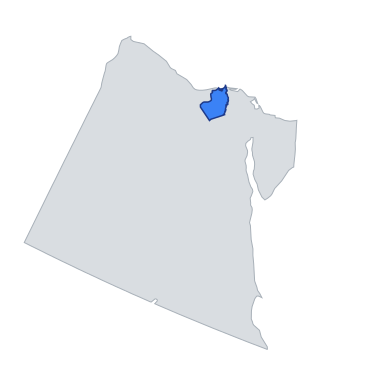 Al Buhayrah on a map of Egypt (orthographic projection), rotated 24°
{"feature_id": "EGY-1541", "entity_name": "Al Buhayrah", "entity_type": "Governorate", "adm_level": 1, "iso_a3": "EGY", "parent_name": "Egypt", "parent_adm1": "", "projection": "orthographic", "projection_center": [30.434, 30.698], "detail": "fine", "context": "in_parent", "style": "filled", "palette": "blue", "viewbox_px": 384, "rotation_deg": 24, "n_neighbors": 0, "source": "natural_earth", "source_scale": "10m", "svg_char_len": 5231}
<svg xmlns="http://www.w3.org/2000/svg" viewBox="0 0 384 384"><g transform="rotate(24 192 192)"><path d="M324.7,305.2L317.4,305.6L310.1,306.0L302.8,306.4L295.5,306.7L288.2,307.0L280.9,307.3L273.6,307.6L266.2,307.9L258.9,308.1L251.6,308.3L244.3,308.5L236.9,308.7L229.6,308.9L222.3,309.0L215.0,309.1L207.6,309.2L203.4,309.2L204.1,307.1L204.6,305.6L204.1,304.6L202.6,304.3L201.7,304.7L199.5,309.1L198.4,309.3L195.8,309.3L187.2,309.3L178.7,309.4L170.2,309.3L161.6,309.3L153.1,309.2L144.5,309.1L136.0,308.9L127.5,308.8L118.9,308.6L110.4,308.3L101.9,308.1L93.4,307.8L84.8,307.5L76.3,307.1L67.8,306.8L59.3,306.4L59.5,301.0L59.7,295.7L59.9,290.3L60.1,285.0L60.3,279.6L60.5,274.2L60.7,268.9L60.9,263.5L61.1,258.1L61.3,252.7L61.5,247.4L61.7,242.0L62.0,236.6L62.2,231.2L62.4,225.8L62.6,220.4L62.8,215.1L63.1,209.7L63.3,204.3L63.5,198.9L63.8,193.5L64.0,188.1L64.2,182.7L64.5,177.3L64.7,171.9L64.9,166.5L65.2,161.1L65.4,155.7L65.7,150.3L65.9,144.9L66.2,139.5L66.4,134.0L66.3,133.0L65.3,129.3L64.5,124.6L63.6,118.8L63.5,116.9L61.9,110.9L61.8,109.2L62.4,108.0L65.7,103.2L66.8,100.8L67.7,98.0L68.1,95.6L67.4,92.0L66.5,88.7L66.3,85.3L66.3,82.1L68.0,79.9L70.0,77.9L70.7,76.7L71.9,75.3L72.8,74.6L74.1,77.6L77.3,78.3L87.9,76.1L99.4,79.2L105.7,80.4L115.5,83.0L121.4,87.1L123.0,87.6L127.4,87.7L130.1,90.1L141.4,91.4L147.4,94.1L150.8,96.3L152.9,96.9L154.7,96.8L157.2,96.1L160.3,94.7L163.7,92.7L170.7,87.5L173.1,86.6L174.7,86.8L176.7,86.8L177.5,85.4L178.6,84.4L179.2,83.3L180.3,82.0L183.9,81.6L191.1,79.3L190.3,80.4L183.7,82.9L186.5,83.2L189.4,82.4L192.7,81.8L193.3,80.7L193.8,78.7L194.4,78.4L196.7,78.8L203.5,81.8L205.2,81.9L209.9,80.1L211.0,79.7L212.5,80.7L216.1,84.5L214.9,84.4L211.0,81.2L210.7,82.8L208.6,85.8L211.3,87.0L213.5,87.4L214.7,89.1L215.5,90.5L217.7,89.8L219.2,87.8L218.3,86.7L217.8,85.6L218.5,85.6L220.0,86.5L224.4,90.2L225.9,90.9L227.5,90.7L231.0,89.6L232.0,89.8L236.7,88.3L237.2,89.3L238.0,90.3L241.8,89.0L247.8,88.9L252.6,87.5L258.1,84.4L258.6,83.9L258.9,84.6L259.6,86.6L261.5,91.7L263.1,95.7L265.2,101.2L265.8,103.3L266.1,104.8L269.0,110.8L270.8,115.8L272.1,119.9L274.0,125.8L274.8,127.8L273.7,129.0L271.5,133.0L269.4,145.4L266.1,155.2L265.9,161.2L265.4,163.4L263.8,166.6L261.8,169.6L258.0,168.2L251.8,163.1L248.2,158.2L244.3,155.1L240.6,150.9L239.6,147.8L239.6,145.9L237.9,141.1L236.7,138.8L232.3,133.8L231.0,131.0L230.0,129.9L229.1,128.2L227.4,121.5L225.6,117.3L223.7,118.5L224.0,120.3L222.4,122.8L221.4,125.7L222.2,128.0L225.8,131.5L226.6,133.0L227.5,136.4L227.4,141.0L228.0,142.5L230.7,145.8L231.7,147.8L232.3,149.6L233.2,151.1L235.9,154.0L239.9,159.6L243.6,163.3L246.2,165.0L247.4,166.9L247.7,171.6L247.6,173.9L250.0,178.0L250.9,180.2L253.2,181.9L254.3,183.8L255.3,187.1L257.0,196.6L259.0,198.9L265.4,211.4L270.8,219.2L273.4,225.1L277.4,232.2L285.4,247.8L290.0,252.6L291.9,255.2L295.2,257.2L298.8,260.1L295.5,260.0L294.6,260.2L293.5,260.8L293.0,262.7L292.8,264.2L293.5,272.2L294.6,276.3L297.8,283.9L300.1,286.1L301.2,287.6L302.7,288.6L309.9,290.9L314.2,296.3L323.7,302.8L324.7,304.7L324.7,305.2Z" fill="#d9dde1" stroke="#a8b0b8" stroke-width="1"/><path d="M174.1,86.1L174.9,86.4L175.7,86.4L175.5,86.5L175.3,86.8L175.1,86.9L175.1,87.0L175.3,87.1L175.0,87.3L175.1,87.5L175.3,87.6L175.5,87.8L176.4,87.3L176.3,87.5L176.6,87.7L177.4,86.9L177.4,87.0L177.5,87.1L177.6,86.9L177.7,86.6L177.8,86.6L177.8,86.9L177.8,87.1L178.1,87.3L178.1,87.1L178.4,86.4L178.0,86.3L177.8,86.4L177.4,86.5L177.1,86.6L177.1,86.4L177.3,86.5L177.4,86.4L177.0,86.4L175.8,86.4L176.6,86.1L177.3,85.7L178.6,84.5L179.0,83.8L179.3,82.8L179.4,81.8L179.2,81.0L179.4,81.0L179.5,81.4L179.6,81.9L179.9,82.2L180.3,82.3L180.7,82.4L180.9,82.6L180.9,83.1L180.9,83.7L181.0,83.8L181.4,83.9L181.4,84.2L181.5,84.4L181.6,84.6L181.9,84.8L181.9,84.7L182.0,84.5L182.1,84.4L182.2,84.5L182.3,84.6L182.5,84.7L182.6,84.8L182.8,85.1L182.9,85.3L182.9,85.5L182.8,86.0L182.7,86.5L182.5,86.9L182.3,87.1L182.3,87.3L182.5,87.4L182.8,87.5L182.9,88.1L182.9,88.3L183.3,88.3L183.4,88.2L183.5,88.2L183.9,88.2L184.1,88.5L184.4,88.6L184.6,88.8L185.6,90.2L186.5,90.8L186.7,91.0L186.8,91.1L187.0,91.5L187.1,92.0L187.1,92.3L187.1,92.5L187.3,92.7L187.7,93.0L187.9,93.4L187.6,93.5L188.2,94.4L188.3,94.8L188.1,95.2L187.8,95.5L187.7,95.7L188.2,95.8L188.4,95.9L188.5,96.2L188.5,96.4L188.4,96.7L188.3,96.8L187.9,97.2L188.5,97.0L188.8,97.0L189.0,97.1L189.0,97.4L188.7,97.5L188.1,97.7L188.0,97.8L187.8,98.1L187.7,98.4L187.7,98.7L188.0,98.8L188.3,98.7L188.5,98.7L188.6,99.1L188.3,99.5L188.1,99.8L188.2,100.0L188.4,100.1L188.5,100.3L188.6,100.7L188.6,101.7L188.8,102.3L189.0,102.7L189.4,102.9L189.4,103.1L189.2,103.2L189.1,103.4L189.1,103.6L189.2,103.8L189.3,103.9L189.6,103.9L189.7,104.3L189.6,104.6L189.5,104.9L189.3,105.1L189.6,105.6L189.7,105.9L189.7,106.2L189.7,106.4L189.6,106.7L189.5,107.1L189.6,107.4L190.2,107.8L190.3,108.1L189.4,108.4L189.2,108.7L189.4,109.0L179.7,117.8L178.9,119.6L165.2,111.0L164.2,108.9L165.5,105.9L166.4,104.9L169.8,103.4L170.6,102.8L171.2,102.1L171.8,101.3L172.3,100.3L172.0,99.4L171.8,98.8L170.8,97.6L169.5,95.4L169.3,95.0L169.3,94.4L169.6,93.8L170.0,93.4L170.2,93.0L170.2,92.8L170.0,92.2L169.6,92.0L169.5,91.7L169.4,91.6L169.4,91.4L169.4,91.2L169.5,90.9L170.7,90.4L172.1,89.6L172.3,89.4L172.9,88.6L174.1,86.3L174.1,86.1Z" fill="#3b82f6" stroke="#1e3a8a" stroke-width="1.5"/></g></svg>